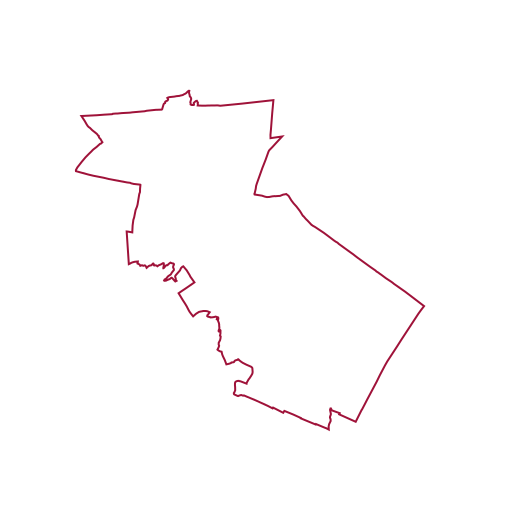 Tupilati, Iasi, Romania (Albers equal-area conic projection), rotated 71°
{"feature_id": "2599482B71903072457924", "entity_name": "Tupilati", "entity_type": "district", "adm_level": 2, "iso_a3": "ROU", "parent_name": "Romania", "parent_adm1": "Iasi", "projection": "albers", "projection_center": [26.646, 47.081], "detail": "fine", "context": "isolated", "style": "outline", "palette": "rose", "viewbox_px": 512, "rotation_deg": 71, "n_neighbors": 0, "source": "geoboundaries", "source_scale": "gbopen_adm2", "svg_char_len": 6056}
<svg xmlns="http://www.w3.org/2000/svg" viewBox="0 0 512 512"><g transform="rotate(71 256 256)"><path d="M190.7,370.3L222.3,378.9L222.2,377.7L221.9,376.4L221.8,375.0L221.9,373.4L222.0,372.4L222.7,369.5L223.6,369.9L223.8,370.3L224.3,370.4L224.5,370.5L226.0,369.0L226.6,368.7L227.6,368.6L227.6,366.9L227.9,366.4L228.4,366.0L228.6,365.6L228.6,364.3L228.8,364.0L229.3,363.7L230.3,363.4L231.6,363.3L231.5,363.0L231.0,362.0L230.5,360.5L230.5,359.4L230.7,358.0L229.9,356.4L229.7,356.1L229.6,355.8L229.7,355.5L230.1,355.4L230.6,355.3L231.4,355.6L231.8,355.4L231.9,355.2L232.1,354.1L232.3,353.6L232.9,353.0L233.6,352.6L233.1,351.0L233.0,348.7L232.9,348.1L232.5,346.3L232.6,346.0L232.7,345.7L232.9,345.6L233.8,345.8L234.6,346.1L237.2,347.6L237.4,347.6L237.4,347.4L237.3,347.0L236.1,345.0L235.6,344.0L235.6,343.7L235.6,343.3L235.9,342.7L235.2,341.4L234.4,339.1L235.3,338.1L235.8,337.4L236.2,336.6L236.6,336.3L237.1,336.3L237.5,336.4L237.9,336.9L238.7,337.6L239.3,337.9L239.9,338.1L241.3,337.9L241.8,338.0L242.3,338.1L242.6,338.3L244.3,341.0L245.4,342.2L245.8,342.9L246.4,345.3L246.8,346.2L248.2,348.4L248.3,348.9L248.4,349.8L248.5,350.1L249.1,350.7L249.3,350.9L249.6,350.7L249.9,349.6L250.0,349.1L249.8,347.7L249.7,345.0L249.0,343.2L249.1,342.8L250.1,342.2L253.0,341.0L253.8,340.6L253.6,339.2L252.2,339.6L251.1,339.2L249.3,339.2L248.7,338.9L248.2,338.4L246.3,335.1L244.9,332.6L243.8,331.6L243.0,330.8L242.2,329.1L242.1,328.1L247.0,326.2L252.4,325.0L254.1,324.8L260.9,322.8L263.9,333.5L264.8,337.0L266.0,341.3L274.2,339.5L277.8,338.6L281.1,337.9L284.7,337.4L286.9,337.0L289.2,336.3L292.6,335.1L291.1,331.5L290.3,328.1L290.5,326.1L290.7,325.2L290.8,323.9L291.6,321.6L292.1,320.5L292.7,319.6L293.2,319.1L294.1,318.1L295.8,320.5L296.2,321.3L297.0,321.7L297.9,321.0L298.6,319.6L299.2,319.2L299.2,318.7L299.6,318.0L300.0,315.9L300.2,313.8L300.9,313.0L301.5,312.0L301.8,311.8L302.4,312.2L302.6,312.6L302.5,313.0L302.6,313.4L303.1,313.7L303.4,313.4L303.6,312.4L304.4,312.9L304.9,313.0L307.3,312.9L309.1,313.2L310.1,313.6L311.3,313.8L312.9,314.4L314.3,315.6L315.0,315.8L315.4,315.6L315.6,315.2L315.2,314.7L314.6,314.5L314.1,314.2L314.4,313.9L314.8,313.8L317.8,314.9L319.6,316.0L320.0,315.7L320.6,315.6L322.3,316.4L323.9,317.4L325.9,319.5L327.5,320.1L328.9,320.1L330.2,321.1L332.0,322.9L333.0,322.3L334.3,321.2L335.3,319.7L338.0,320.0L340.1,319.9L344.3,319.4L348.8,319.3L349.1,316.6L349.1,314.6L348.7,314.0L348.7,313.7L348.9,313.1L349.1,312.0L349.1,311.4L348.3,310.4L348.1,310.0L348.0,308.9L348.1,307.7L348.2,307.2L347.8,306.5L348.3,306.1L349.3,305.7L351.4,304.3L352.7,303.3L355.6,300.5L359.1,296.7L359.9,296.2L360.4,296.0L361.0,296.0L364.4,296.9L365.5,297.4L366.3,298.0L367.7,299.6L369.7,302.2L370.2,303.1L372.4,305.6L373.2,306.3L373.6,306.5L369.4,311.5L368.8,312.6L368.5,312.8L368.1,314.2L368.1,315.3L368.3,316.3L368.8,316.9L369.5,317.3L370.3,317.6L371.4,318.0L373.1,318.4L376.2,319.4L377.9,320.9L378.4,321.6L379.3,321.8L379.8,321.6L382.3,319.0L382.6,318.5L382.5,317.1L382.6,315.3L383.7,313.9L384.0,313.2L383.9,312.8L385.9,310.6L392.2,303.5L401.7,293.5L405.5,289.9L404.9,289.2L413.1,281.3L411.7,279.6L418.1,272.3L423.8,266.3L424.1,266.5L434.8,254.4L434.4,254.0L439.3,248.5L441.4,246.1L441.9,245.4L442.1,245.3L443.8,243.7L440.8,242.8L438.8,241.6L436.4,239.2L435.6,238.9L434.4,238.6L433.0,238.7L432.4,238.5L431.6,238.0L431.3,237.7L430.3,236.9L429.6,236.6L425.6,236.1L424.4,235.2L424.5,234.8L425.2,234.7L425.3,235.0L425.7,235.2L426.2,235.1L431.9,228.0L432.8,228.9L445.2,215.7L435.9,206.2L435.8,205.9L432.5,202.4L428.1,197.8L414.2,182.9L409.0,177.7L401.4,169.6L398.4,166.2L387.4,152.0L382.3,145.6L363.4,121.2L360.8,117.5L358.1,113.4L338.3,126.6L327.3,134.6L325.8,135.5L324.5,136.4L319.3,140.4L314.3,143.8L312.7,145.0L311.7,145.6L309.8,147.2L308.7,147.7L303.4,151.6L291.0,160.3L288.0,162.3L286.1,163.5L283.6,165.3L277.5,169.6L271.5,173.8L269.9,174.6L268.5,175.9L266.6,177.3L261.5,180.7L256.2,184.3L247.7,190.8L246.7,191.7L245.7,192.6L245.1,192.9L244.8,193.3L239.0,195.9L237.7,196.6L236.5,197.1L236.0,197.3L233.7,198.2L233.3,198.6L227.9,199.8L222.5,201.6L218.5,203.3L214.9,204.5L210.2,205.5L209.4,205.8L208.6,206.4L207.6,207.0L207.2,207.3L207.2,208.1L206.8,210.4L207.0,213.7L206.8,214.3L205.8,218.1L205.4,219.1L204.9,221.2L204.5,224.3L203.8,226.6L202.7,228.4L200.9,230.7L197.4,237.3L196.8,237.3L196.7,237.1L192.4,234.4L189.8,233.1L188.0,231.8L174.7,221.2L173.2,219.9L167.9,215.4L161.5,210.3L160.6,209.4L160.2,208.8L158.3,205.0L156.0,200.8L151.5,192.4L149.3,203.9L146.2,202.9L141.3,200.7L126.3,194.2L114.3,188.8L107.3,219.9L102.3,240.9L101.2,243.0L98.1,252.4L97.3,255.2L95.5,260.2L94.7,262.1L94.1,261.7L93.6,261.6L92.9,261.5L92.3,261.0L90.0,261.4L89.9,262.2L90.4,263.8L91.1,265.1L92.8,265.4L92.9,265.7L92.6,266.8L92.3,267.6L91.8,268.2L91.4,268.5L90.2,268.0L89.5,268.1L89.1,268.0L86.9,266.4L86.2,266.1L85.7,266.0L84.6,266.1L84.0,266.4L83.4,266.6L81.9,266.3L80.6,266.3L79.7,266.1L79.0,266.0L78.5,265.5L78.1,265.3L77.9,265.6L78.2,266.9L79.2,268.9L79.5,269.8L79.6,270.9L79.7,271.7L79.9,272.4L79.9,273.8L79.7,275.0L79.7,276.1L79.5,277.0L79.0,279.1L78.7,281.3L77.6,286.1L77.5,287.5L77.7,288.4L78.0,288.3L78.2,288.1L79.3,288.1L79.8,288.5L80.2,289.1L80.3,289.4L80.2,290.2L80.6,291.6L80.9,291.8L81.6,292.0L81.8,292.2L82.0,293.4L82.5,294.0L85.7,296.3L86.5,296.8L86.9,297.5L85.1,303.4L83.1,312.0L82.9,314.1L79.9,326.1L79.4,328.6L77.2,336.3L76.2,340.5L75.7,342.0L74.9,345.1L75.1,345.5L74.9,346.5L73.0,353.3L71.1,360.6L66.8,375.5L72.6,374.0L76.3,373.3L78.3,372.8L79.6,372.2L80.8,371.3L83.7,369.9L88.6,366.8L89.5,366.4L90.3,366.2L90.8,366.1L91.2,365.6L92.6,365.8L93.1,365.7L95.0,364.9L97.9,364.4L98.4,364.2L99.2,365.8L99.2,367.0L101.0,371.2L102.2,374.8L102.6,375.8L103.7,377.9L105.0,380.7L107.2,385.1L110.2,390.1L114.1,396.1L116.0,398.2L116.6,398.5L117.2,398.6L124.6,387.7L127.2,383.6L132.4,374.6L135.3,370.1L144.5,353.9L145.8,351.2L146.7,350.3L147.7,348.7L148.0,348.3L150.8,342.3L151.1,342.1L154.6,343.7L157.8,344.9L159.4,346.2L168.7,351.2L170.5,352.4L173.4,354.9L179.9,358.7L181.9,360.2L186.9,362.7L193.4,365.3L191.2,369.2L190.7,370.3Z" fill="none" stroke="#9f1239" stroke-width="2"/></g></svg>